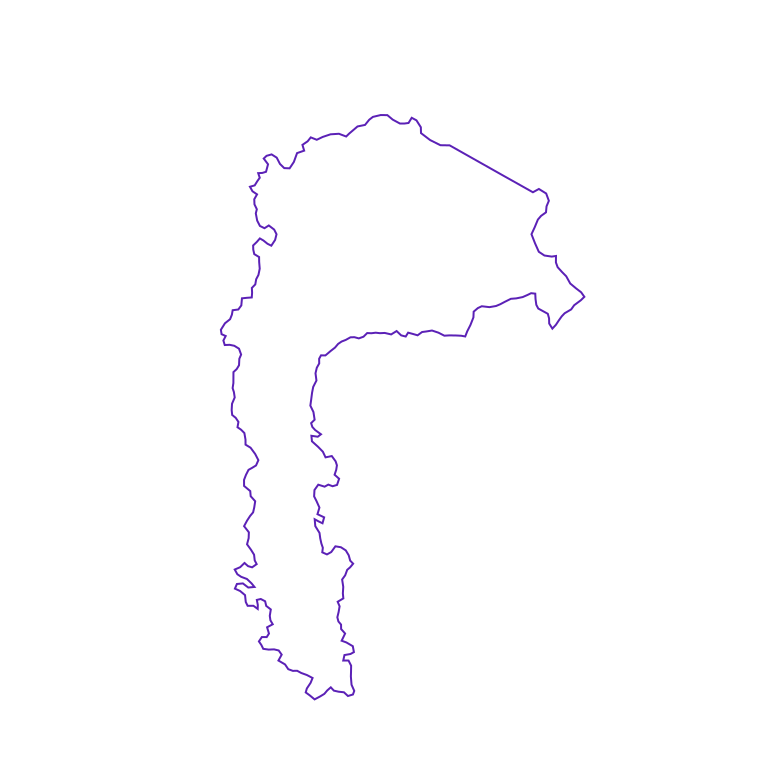 Sanclerlândia, Goiás, Brazil (Mercator projection), rotated 331°
{"feature_id": "56859067B50041369621079", "entity_name": "Sanclerlândia", "entity_type": "district", "adm_level": 2, "iso_a3": "BRA", "parent_name": "Brazil", "parent_adm1": "Goiás", "projection": "mercator", "projection_center": [-50.414, -16.327], "detail": "fine", "context": "isolated", "style": "outline", "palette": "violet", "viewbox_px": 768, "rotation_deg": 331, "n_neighbors": 0, "source": "geoboundaries", "source_scale": "gbopen_adm2", "svg_char_len": 4582}
<svg xmlns="http://www.w3.org/2000/svg" viewBox="0 0 768 768"><g transform="rotate(331 384 384)"><path d="M596.5,355.4L592.5,353.9L586.6,349.4L583.5,343.4L584.3,334.2L585.6,324.5L591.9,319.9L598.3,314.8L602.9,313.1L608.9,312.4L612.3,307.4L617.0,303.7L618.2,296.0L614.0,288.5L607.2,288.5L594.8,268.4L589.6,260.0L557.1,207.1L549.1,202.5L542.6,193.0L538.0,182.5L540.7,177.3L540.2,169.1L537.3,164.6L532.0,167.6L528.2,166.1L524.2,163.9L519.8,157.0L517.3,150.5L511.6,147.2L503.8,145.0L499.2,145.7L493.0,148.2L485.7,145.9L474.9,148.1L470.9,149.2L465.9,143.3L458.3,139.7L450.2,138.2L443.6,137.8L439.5,132.8L434.9,134.7L428.6,135.3L427.3,141.2L419.9,139.9L412.8,146.1L406.0,149.6L401.4,146.8L399.7,141.1L399.9,134.0L397.0,128.7L391.9,127.5L388.1,128.5L389.1,135.6L383.7,141.2L379.9,140.4L376.2,138.6L375.3,143.4L371.5,145.2L367.2,147.6L362.4,146.5L362.4,151.7L364.9,156.6L360.1,159.5L357.8,164.1L357.5,169.5L354.6,172.6L352.3,179.6L352.1,185.6L355.0,189.8L360.1,189.5L362.8,195.7L362.6,200.9L358.6,205.2L352.5,208.4L350.1,204.9L348.1,200.0L346.0,196.5L341.6,198.1L336.7,199.4L334.8,203.1L333.5,207.5L336.3,212.4L334.0,216.7L331.2,222.9L327.1,227.7L323.0,230.4L319.7,234.5L315.0,235.9L312.9,240.2L310.3,244.2L306.0,242.2L301.3,240.2L297.3,246.1L292.7,248.2L287.4,246.1L284.6,249.6L280.8,252.7L274.3,253.8L267.6,257.5L266.1,261.7L268.8,265.3L264.6,268.1L263.6,272.7L268.0,274.9L271.6,278.0L274.3,282.8L273.3,289.0L269.7,291.8L266.3,297.3L262.5,299.5L258.1,300.6L255.4,305.4L252.7,310.2L249.6,314.2L248.8,318.3L246.9,323.4L241.5,327.6L238.1,333.0L236.2,337.5L237.9,341.7L238.3,346.6L234.9,350.8L236.8,354.6L238.1,359.2L235.9,365.5L233.5,369.9L236.4,375.0L237.4,382.7L237.2,389.7L232.6,393.2L227.8,393.4L223.9,393.4L219.3,396.5L215.1,400.0L212.2,405.3L215.1,412.8L213.0,417.5L214.5,424.1L210.7,429.0L207.3,432.8L202.9,434.5L198.0,437.1L192.7,440.5L193.9,448.2L190.9,453.2L186.5,457.8L187.3,464.4L187.6,470.3L185.4,475.6L185.3,479.8L179.8,480.4L176.8,477.4L175.2,472.9L169.4,474.5L163.5,473.9L163.5,479.3L165.6,483.4L169.6,488.1L171.5,494.2L172.3,498.7L166.6,496.2L163.9,490.0L158.4,487.6L154.4,490.7L157.8,495.3L160.1,501.3L157.4,507.7L157.2,511.9L162.3,514.7L164.5,519.5L166.5,516.1L168.1,511.2L172.0,512.3L174.7,516.4L173.4,521.0L175.7,526.3L171.7,531.4L170.1,535.6L170.2,540.2L163.8,540.1L162.4,546.5L158.7,548.5L154.5,546.1L149.8,548.5L150.2,552.7L150.0,557.1L154.4,560.4L159.2,562.8L162.7,566.0L163.3,571.1L157.6,574.7L161.5,581.3L162.0,587.0L165.2,590.7L169.0,592.7L171.5,596.6L175.5,601.2L179.0,606.5L174.9,609.8L168.9,612.9L166.0,615.8L168.1,620.3L170.4,626.2L176.4,626.3L181.6,626.1L185.8,624.5L190.4,623.5L191.5,627.9L195.1,631.1L199.5,634.2L201.2,639.4L206.3,640.5L209.2,638.0L209.8,631.3L213.2,623.8L215.7,619.6L218.7,614.4L218.9,608.7L214.3,606.1L218.0,601.9L223.8,603.9L227.7,603.9L229.6,598.2L225.8,591.8L222.5,588.0L229.0,583.4L227.7,577.5L229.8,573.6L229.0,569.6L230.1,565.4L233.7,561.5L237.4,556.9L237.9,552.0L244.5,551.8L246.5,547.2L250.0,541.7L252.6,534.7L257.3,532.5L261.7,528.7L265.5,527.9L269.9,526.2L268.8,522.1L270.1,516.7L269.9,511.0L267.2,505.9L262.8,502.4L256.4,505.4L251.5,505.4L248.4,501.3L251.1,497.6L251.9,493.1L253.4,488.1L255.4,483.0L255.0,475.0L257.8,468.7L260.2,472.5L262.7,476.0L267.0,471.6L262.7,465.6L267.6,460.8L268.2,453.7L268.4,448.4L271.8,443.0L277.7,440.2L282.3,445.0L286.5,445.0L289.5,448.5L294.0,449.5L298.8,445.1L296.8,439.4L300.6,435.9L303.4,432.3L304.2,428.2L303.4,421.7L297.3,419.8L297.7,413.6L295.9,407.0L293.2,399.2L295.4,394.1L300.5,398.0L304.5,397.4L301.5,391.0L300.5,386.8L301.3,382.9L306.0,381.6L308.7,374.3L309.1,367.2L312.7,362.4L316.9,356.7L320.7,352.2L326.6,348.2L329.3,341.4L333.1,337.2L337.3,334.6L339.5,330.5L342.8,328.4L346.6,330.6L353.1,329.3L358.8,328.4L363.3,326.7L367.5,326.3L371.9,326.9L377.3,326.9L380.8,328.7L384.1,331.9L389.0,332.7L394.0,331.3L397.6,333.5L401.6,335.1L405.1,337.6L409.4,339.7L414.3,344.1L420.7,343.8L422.6,349.8L426.0,353.0L430.0,350.8L433.2,353.9L437.0,357.7L442.5,357.0L446.3,358.5L451.9,360.5L456.5,365.5L460.2,371.0L464.8,373.2L470.7,376.6L474.9,379.2L478.1,381.8L482.3,378.3L488.2,374.3L494.5,369.1L497.5,364.2L502.9,363.1L507.2,363.4L513.5,367.9L519.8,370.1L524.4,370.6L529.5,370.7L536.3,371.0L541.1,373.2L547.4,375.2L552.7,375.7L556.7,375.9L560.1,378.3L557.7,383.2L555.6,388.6L555.5,392.8L558.4,397.4L561.3,402.0L560.2,406.6L557.8,411.2L558.1,417.2L563.0,415.6L567.6,413.2L572.2,411.0L576.3,409.7L583.9,409.5L588.5,407.3L596.7,406.2L601.5,404.9L600.9,399.4L598.3,393.4L595.6,386.4L595.6,378.1L594.0,372.4L592.5,366.0L593.3,361.0L596.5,355.4Z" fill="none" stroke="#5b21b6" stroke-width="2"/></g></svg>